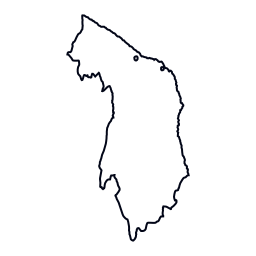 the district of Idiofa, Bandundu, Democratic Republic of the Congo
{"feature_id": "63176286B53815785774290", "entity_name": "Idiofa", "entity_type": "district", "adm_level": 2, "iso_a3": "COD", "parent_name": "Democratic Republic of the Congo", "parent_adm1": "Bandundu", "projection": "equal_earth", "projection_center": [19.504, -4.707], "detail": "fine", "context": "isolated", "style": "outline", "palette": "ink", "viewbox_px": 256, "rotation_deg": 0, "n_neighbors": 0, "source": "geoboundaries", "source_scale": "gbopen_adm2", "svg_char_len": 5783}
<svg xmlns="http://www.w3.org/2000/svg" viewBox="0 0 256 256"><path d="M67.4,54.5L68.4,54.7L68.8,55.0L71.5,58.2L72.6,60.1L73.1,60.5L75.0,60.7L78.6,60.6L78.9,61.0L79.2,63.4L79.2,64.8L78.1,67.1L77.7,69.3L77.7,71.7L78.1,73.7L78.8,74.7L80.3,76.3L81.3,79.5L81.8,80.1L82.4,79.9L82.9,78.7L83.6,76.2L84.1,75.1L84.4,75.0L85.4,75.3L86.2,76.0L87.4,75.3L87.6,75.4L87.7,76.5L87.9,76.8L88.5,77.2L90.0,77.2L90.8,77.6L91.3,77.3L91.7,75.2L92.2,73.8L92.9,73.8L93.4,74.2L95.2,76.5L98.8,72.8L99.0,73.0L99.5,74.2L99.9,76.1L100.6,77.4L100.8,78.6L101.4,80.4L101.7,81.0L102.7,82.0L103.6,85.9L103.6,86.7L103.3,87.7L102.8,88.6L102.2,91.1L102.6,91.2L103.9,90.5L107.5,86.9L108.9,86.2L109.6,86.1L110.6,88.0L111.2,90.3L111.5,90.7L111.5,91.5L111.9,91.9L112.0,92.5L112.5,93.1L112.6,93.7L112.4,94.5L112.5,94.9L112.5,95.5L112.7,96.0L112.6,99.2L112.5,100.1L112.2,100.4L112.1,100.8L112.3,101.6L112.1,102.3L112.5,103.3L113.1,104.2L113.2,104.7L112.9,105.8L112.9,106.2L113.4,107.1L113.2,108.0L113.4,108.9L113.0,110.2L113.1,111.6L113.6,112.1L113.3,112.6L113.8,112.9L113.8,113.2L113.5,113.6L112.7,115.6L112.8,116.0L113.2,116.4L113.1,116.9L113.4,117.6L112.5,117.9L111.5,119.3L111.0,120.9L109.9,122.2L108.9,123.7L107.7,126.9L107.2,127.9L106.8,131.5L106.8,134.9L106.6,135.6L106.5,138.5L106.2,141.3L105.8,143.8L103.8,150.8L102.1,154.8L101.2,158.6L100.7,159.7L100.6,160.5L99.9,162.0L99.8,164.0L99.2,165.8L99.2,166.3L99.7,167.8L101.5,170.3L100.1,177.8L100.0,179.1L100.4,182.7L100.2,186.6L100.5,187.1L101.6,187.1L102.1,188.4L103.0,189.1L103.5,188.7L103.8,188.1L104.2,188.1L104.5,187.1L104.7,185.0L105.1,183.2L106.2,181.3L106.8,180.5L107.5,179.9L108.3,179.5L110.1,179.4L110.7,176.6L111.2,175.5L113.5,175.4L114.1,175.0L114.5,175.0L114.3,176.1L114.7,177.5L116.4,179.5L116.7,181.3L117.4,182.5L117.9,184.9L118.4,186.2L119.1,187.3L119.6,188.7L119.6,189.9L118.5,191.8L116.4,194.7L115.7,195.0L115.4,195.7L116.4,197.6L116.6,198.6L118.7,202.6L122.5,214.0L123.2,215.7L123.8,216.6L125.4,218.3L125.9,218.7L127.5,219.5L128.2,221.8L129.0,226.3L129.1,228.3L129.0,230.5L129.4,231.9L129.5,234.4L129.9,235.1L130.9,239.3L131.8,240.1L133.0,240.6L133.4,240.5L134.9,238.9L135.2,238.0L135.6,237.7L136.0,235.9L136.0,235.1L136.3,234.1L136.0,233.5L136.1,232.9L136.0,232.4L136.4,231.6L136.7,230.8L136.8,229.5L137.5,228.3L138.7,228.1L141.1,231.0L143.0,231.0L144.4,230.5L144.9,230.1L145.7,229.0L146.5,225.2L147.1,223.5L147.4,223.0L147.8,222.8L148.8,222.7L154.0,222.9L155.6,222.7L156.9,221.6L157.8,221.4L158.5,220.9L159.1,219.9L160.1,217.6L161.0,216.5L163.2,216.4L163.2,215.6L162.8,215.1L162.6,213.1L163.0,210.3L162.8,209.2L163.1,208.2L162.9,207.6L163.4,206.4L166.0,206.6L167.0,207.0L170.8,209.1L171.0,209.0L171.2,207.9L171.5,207.5L173.5,206.0L175.5,203.9L176.4,202.5L176.5,201.8L176.5,200.8L176.3,200.3L175.9,200.1L175.1,200.5L174.9,200.3L174.3,198.5L174.0,196.8L174.4,194.1L175.0,191.8L175.4,191.0L175.9,190.6L177.6,190.3L178.1,190.0L178.5,188.3L178.9,188.0L179.1,187.3L179.5,185.5L180.3,183.1L182.2,179.9L183.3,178.3L183.9,177.8L185.7,177.2L186.9,175.9L187.4,175.6L188.1,175.2L188.6,175.2L188.2,173.4L187.7,172.6L187.6,171.5L187.9,170.0L187.9,169.5L187.7,169.0L186.9,168.6L186.8,168.2L187.0,166.8L186.8,166.2L186.5,165.7L185.4,165.2L185.1,164.2L184.5,163.3L184.5,161.4L184.9,160.2L184.8,159.4L183.9,157.2L183.7,156.5L182.9,155.8L182.6,155.1L182.2,152.1L182.0,149.2L181.5,147.6L181.6,145.6L180.7,143.6L180.7,143.0L180.1,141.1L180.2,140.4L179.6,139.2L178.9,136.8L177.8,136.1L178.0,133.3L178.2,132.5L177.4,131.6L177.3,131.2L177.9,130.4L178.2,129.5L178.1,128.8L177.5,127.3L177.8,126.3L177.7,125.8L177.9,125.5L178.7,125.4L178.9,125.1L179.0,123.9L178.6,123.2L178.2,121.9L178.3,121.4L178.9,120.5L178.7,119.8L177.9,118.5L178.5,116.7L178.3,116.0L178.9,114.8L179.2,113.4L179.9,112.7L180.2,112.0L180.2,110.2L181.0,110.1L181.6,108.8L182.3,107.9L182.4,106.7L182.9,106.3L183.3,105.8L183.3,105.1L182.5,104.1L182.1,103.2L181.3,103.2L180.8,102.6L180.6,102.0L180.7,101.0L180.4,99.7L180.8,98.7L180.3,97.0L179.4,95.2L179.1,93.6L178.7,93.0L178.6,92.2L178.3,91.7L177.5,91.2L177.2,90.7L176.9,89.9L176.9,88.8L176.6,87.6L177.0,85.8L176.9,85.5L176.4,85.3L176.1,84.8L176.0,83.4L176.4,82.7L175.8,81.0L175.7,80.1L174.8,78.8L174.8,77.1L174.2,75.9L173.8,75.6L173.5,74.7L173.1,74.2L172.5,73.9L172.2,73.5L171.8,71.7L170.7,70.7L170.1,70.7L169.4,71.5L169.0,71.4L168.7,71.0L168.4,69.9L167.3,68.6L166.6,68.2L165.6,68.1L164.7,67.4L164.3,66.1L163.8,65.3L163.3,64.0L161.9,61.9L161.5,61.6L160.6,61.8L159.7,61.7L159.5,61.9L159.1,61.8L158.3,61.4L157.6,60.4L155.8,59.1L155.0,59.1L154.2,59.8L153.9,59.2L152.2,58.8L151.9,58.5L150.4,58.4L149.9,58.0L149.3,57.9L148.5,58.3L147.1,58.2L146.6,57.5L144.2,57.0L142.7,56.3L141.9,56.5L141.2,55.9L140.5,55.0L140.1,53.8L138.9,52.4L138.3,52.3L137.8,51.9L137.3,51.9L136.5,51.1L136.2,50.6L133.6,49.1L133.3,48.4L131.7,46.8L130.4,46.2L129.6,46.2L128.8,44.7L127.6,43.9L125.1,41.9L124.1,40.5L123.0,40.3L122.0,39.2L121.7,38.6L119.1,36.6L117.7,36.5L117.1,36.1L116.1,35.1L115.5,34.2L114.5,33.3L113.1,32.9L111.9,31.8L111.1,31.4L109.7,30.1L107.8,29.6L106.3,28.5L105.9,27.8L105.2,27.6L104.0,26.7L101.1,26.8L100.2,26.1L98.8,25.5L98.2,24.9L97.4,23.6L96.9,23.1L95.1,22.4L93.5,20.9L92.6,20.8L91.6,19.6L90.7,19.6L89.9,19.2L88.5,18.1L88.1,17.4L86.1,16.8L84.3,15.5L82.4,15.4L82.2,15.9L82.3,17.6L82.3,18.7L82.6,19.9L82.4,21.9L82.5,24.5L82.7,25.5L82.3,29.4L81.6,30.2L80.7,32.1L79.8,33.2L78.5,33.9L78.0,34.5L76.5,37.3L75.1,40.5L74.3,41.7L73.2,42.3L72.8,43.4L72.4,44.1L72.3,44.6L72.7,46.0L71.6,50.2L71.2,51.3L70.5,52.1L68.5,52.2L68.0,52.5L67.7,53.0L67.4,54.5ZM135.4,60.4L134.6,59.6L134.3,57.7L134.7,57.0L135.2,56.6L136.3,56.3L137.2,56.6L137.6,57.6L137.6,59.0L136.9,60.1L136.1,60.5L135.4,60.4ZM162.8,70.2L161.8,70.3L161.3,69.9L161.1,69.5L161.1,67.8L161.4,67.3L161.7,67.1L162.8,67.1L163.4,67.4L163.6,67.8L163.8,68.6L163.6,69.6L162.8,70.2Z" fill="none" stroke="#020617" stroke-width="2"/></svg>